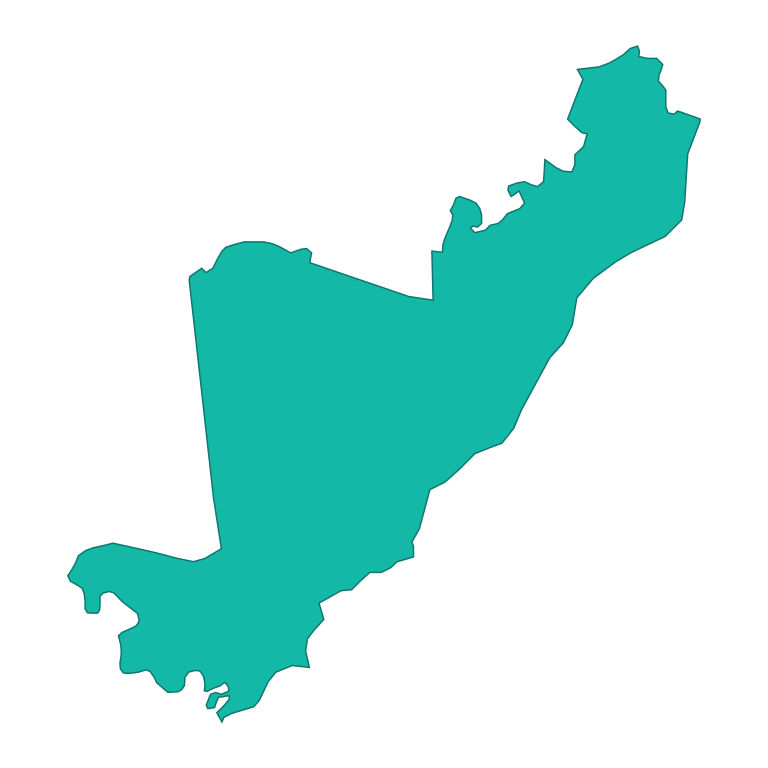 outline of Bandar Baharu, Kedah, Malaysia
{"feature_id": "92858781B61544181659283", "entity_name": "Bandar Baharu", "entity_type": "district", "adm_level": 2, "iso_a3": "MYS", "parent_name": "Malaysia", "parent_adm1": "Kedah", "projection": "mercator", "projection_center": [100.601, 5.207], "detail": "fine", "context": "isolated", "style": "filled", "palette": "teal", "viewbox_px": 768, "rotation_deg": 0, "n_neighbors": 0, "source": "geoboundaries", "source_scale": "gbopen_adm2", "svg_char_len": 2953}
<svg xmlns="http://www.w3.org/2000/svg" viewBox="0 0 768 768"><path d="M700.2,119.0L679.9,111.8L677.4,111.1L674.4,114.2L668.2,113.0L665.8,106.8L665.8,90.3L663.3,86.6L658.4,81.1L659.0,74.9L660.9,70.6L662.7,64.5L656.6,58.4L647.4,58.4L638.8,56.5L639.4,51.0L637.5,46.1L630.2,48.5L623.4,54.7L615.4,59.6L608.7,63.3L598.9,66.9L577.4,69.4L582.9,79.2L567.6,119.1L573.7,125.3L581.7,132.6L587.2,133.9L583.5,146.7L574.9,154.7L574.9,164.5L571.9,171.9L563.3,171.3L555.9,167.6L544.9,159.6L544.2,171.9L543.6,181.7L537.5,186.6L531.3,184.8L524.6,181.7L517.2,183.0L508.6,186.0L508.0,190.3L511.1,196.5L514.2,194.6L519.1,190.9L524.6,203.2L519.7,208.7L507.4,213.6L502.5,219.8L498.2,223.5L490.2,225.3L485.3,230.2L474.9,232.7L470.6,228.4L473.0,225.9L477.3,227.1L481.6,223.5L481.6,219.2L481.6,214.9L479.8,208.7L476.1,203.2L470.0,200.1L459.5,196.5L455.9,198.3L453.4,205.1L450.3,210.6L452.8,214.9L452.2,220.4L449.7,227.1L445.4,237.0L443.0,244.3L442.4,252.3L431.9,251.1L433.1,300.2L408.6,296.5L309.8,262.7L310.4,259.1L311.6,252.9L306.7,248.6L301.2,249.2L290.7,252.9L279.7,246.8L272.3,243.7L263.7,241.9L253.3,241.9L244.1,241.9L233.0,244.9L225.7,247.4L222.0,251.1L217.7,258.5L212.8,268.3L206.0,272.6L201.7,268.3L190.1,276.3L189.2,280.0L213.5,497.6L221.4,548.7L204.9,558.5L193.5,561.7L177.8,558.5L156.9,553.0L134.5,547.9L112.9,543.2L105.1,545.2L92.9,547.9L85.4,550.7L78.4,555.8L75.6,562.8L71.7,569.9L71.2,570.6L67.8,575.8L70.5,581.3L77.6,585.2L82.3,588.4L84.3,593.9L85.1,601.7L85.1,608.8L87.4,612.7L90.6,613.1L97.6,613.1L99.6,610.0L100.0,605.3L100.0,600.6L100.0,596.2L103.1,593.1L109.0,591.5L113.7,592.7L122.4,601.7L137.4,613.3L139.2,620.1L138.1,623.1L135.9,626.1L131.1,628.4L122.1,632.4L118.5,635.7L119.5,639.7L120.8,645.0L121.3,651.0L121.0,656.6L120.0,662.8L120.3,668.4L123.3,672.9L127.6,673.4L132.9,672.9L138.6,672.1L145.9,669.9L150.0,671.4L154.2,677.2L156.7,682.7L167.8,692.3L177.9,691.8L181.6,689.7L184.2,686.0L184.7,682.4L184.9,677.4L188.7,672.1L194.5,670.6L198.5,670.6L200.7,671.9L203.3,675.9L204.5,680.9L205.0,685.7L204.3,690.7L207.0,691.5L210.8,689.5L214.8,687.7L219.9,686.0L224.6,682.4L226.1,683.7L228.4,687.0L228.7,691.2L221.4,694.3L215.8,692.5L210.6,694.3L208.5,699.3L206.3,705.3L207.8,708.6L214.6,707.6L215.8,703.6L218.6,697.0L222.1,697.0L226.1,696.0L229.2,696.0L229.2,699.3L225.6,703.8L221.4,708.3L216.8,712.6L221.9,721.9L224.0,717.3L231.7,713.4L244.2,709.6L253.8,706.7L259.5,700.0L268.1,681.8L275.8,672.2L292.1,665.5L309.4,667.4L305.6,651.1L307.5,638.6L314.2,630.0L323.8,619.4L319.0,603.1L341.0,590.7L351.6,589.7L360.2,581.1L369.8,572.4L381.3,572.4L390.9,567.6L396.7,561.9L413.5,556.9L413.5,546.3L411.9,542.1L419.4,528.6L429.9,489.6L444.9,482.1L458.4,470.1L474.9,453.6L489.9,447.6L501.9,443.2L513.8,428.2L521.3,410.2L540.8,374.2L549.8,357.7L563.3,342.8L572.3,324.8L576.8,297.8L593.3,278.3L615.7,261.8L630.7,252.8L665.2,236.4L681.7,219.9L684.7,201.9L686.2,177.9L687.7,153.9L692.2,142.0L699.7,122.5L700.2,119.0Z" fill="#14b8a6" stroke="#0f766e" stroke-width="1.5"/></svg>